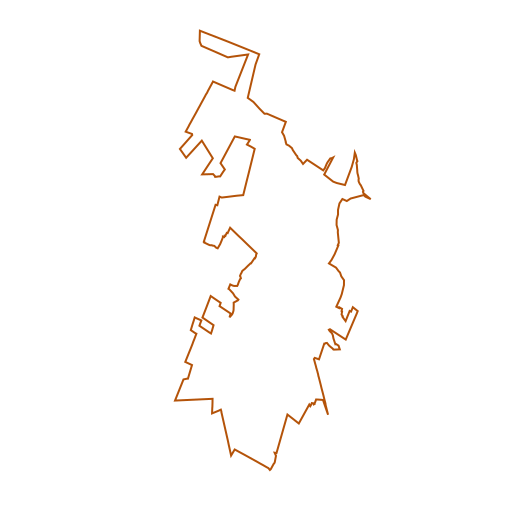 the district of Acanceh, Yucatán, Mexico, rotated 195°
{"feature_id": "50627088B2237882581222", "entity_name": "Acanceh", "entity_type": "district", "adm_level": 2, "iso_a3": "MEX", "parent_name": "Mexico", "parent_adm1": "Yucatán", "projection": "equal_earth", "projection_center": [-89.45, 20.818], "detail": "fine", "context": "isolated", "style": "outline", "palette": "amber", "viewbox_px": 512, "rotation_deg": 195, "n_neighbors": 0, "source": "geoboundaries", "source_scale": "gbopen_adm2", "svg_char_len": 5091}
<svg xmlns="http://www.w3.org/2000/svg" viewBox="0 0 512 512"><g transform="rotate(195 256 256)"><path d="M228.4,56.8L226.5,63.6L215.7,61.0L201.2,57.4L198.2,56.6L194.9,55.8L191.2,54.8L189.1,54.3L187.2,52.9L186.9,53.4L186.6,53.8L186.5,54.1L185.1,59.9L184.7,60.5L184.5,61.7L185.0,68.2L187.1,70.8L185.2,71.0L184.6,111.0L171.3,105.3L166.1,126.3L164.7,125.0L164.4,125.9L164.0,128.4L162.4,128.5L161.8,127.6L161.1,128.3L161.6,129.0L161.1,129.6L160.8,133.0L160.2,133.1L159.4,133.3L158.9,133.4L158.3,133.5L157.8,133.6L157.7,133.6L157.4,133.7L157.0,133.8L156.8,133.8L156.7,133.8L156.4,133.9L156.1,133.9L155.7,134.0L155.2,134.1L154.4,134.2L154.0,134.3L152.3,131.7L151.5,130.5L145.3,121.3L150.1,129.9L150.7,131.4L152.5,134.6L154.8,138.8L156.9,142.5L158.4,145.1L160.3,148.6L163.5,154.3L163.8,154.8L164.0,155.2L164.6,156.1L165.4,157.8L165.9,158.7L166.3,159.3L166.8,160.3L167.5,161.4L167.7,161.7L168.2,162.6L168.8,163.5L169.3,164.5L170.0,165.7L170.9,167.2L171.6,168.4L172.1,169.3L172.7,170.3L173.4,171.4L172.9,172.8L168.4,172.5L167.4,188.9L166.9,188.9L166.4,189.8L165.0,190.4L162.4,188.5L160.6,187.6L157.7,186.3L157.3,185.8L156.6,185.7L150.9,187.5L153.1,190.8L156.0,191.7L156.5,191.3L159.9,196.5L161.2,199.2L162.6,201.0L164.6,202.1L165.8,202.9L166.5,203.6L165.6,204.4L147.7,198.5L143.8,226.4L143.5,229.1L149.2,231.6L149.8,226.9L151.3,227.2L152.6,216.3L156.8,219.7L156.6,220.3L158.2,221.6L158.5,224.7L159.1,224.9L159.2,227.2L162.3,228.0L162.3,227.2L165.3,227.8L163.6,237.8L163.3,241.4L163.5,250.6L164.2,253.3L164.3,253.7L164.7,255.4L168.3,258.4L170.6,261.8L172.2,262.7L175.7,265.5L183.6,267.7L182.0,271.8L180.5,278.1L179.7,283.8L179.2,287.5L179.8,287.6L179.4,290.2L183.1,300.0L183.6,302.3L186.2,306.8L187.5,312.0L187.5,317.3L188.7,321.7L189.0,328.4L187.3,333.4L182.5,332.6L179.5,336.0L167.8,342.7L165.7,341.6L159.9,340.6L161.3,341.2L164.2,342.5L168.6,344.6L168.8,344.9L169.3,345.7L169.0,346.7L170.9,348.9L173.2,351.6L173.9,352.0L175.3,353.5L176.2,354.7L176.4,355.3L176.7,356.3L176.8,357.4L178.4,360.5L179.3,362.0L179.9,363.4L180.4,365.0L181.3,367.5L182.2,370.1L182.9,371.3L183.2,372.0L182.6,373.9L183.0,374.3L185.7,379.3L187.3,381.4L186.5,374.8L186.6,366.7L188.4,347.6L196.9,347.4L200.7,347.8L211.2,352.3L207.0,371.1L208.1,370.1L209.5,369.5L211.2,364.9L211.6,363.1L212.2,358.6L212.4,358.2L213.2,356.1L231.6,362.2L234.4,357.1L237.5,359.7L241.1,361.5L242.1,363.2L243.2,363.8L247.9,367.9L249.2,369.5L252.6,371.1L255.5,371.7L256.8,373.7L256.7,373.9L260.0,379.4L262.9,382.3L261.9,393.3L282.3,396.3L284.6,395.6L290.9,399.3L298.3,404.1L304.9,406.6L306.0,440.9L305.1,451.7L321.1,453.7L338.5,455.8L362.4,458.4L368.5,459.1L366.1,449.0L365.1,447.4L363.1,444.9L334.6,440.6L331.3,442.1L315.8,448.6L319.7,414.1L319.5,410.1L320.6,410.2L321.5,410.3L332.5,411.9L342.7,413.4L342.8,412.6L343.0,412.1L343.4,410.3L344.2,407.1L344.5,405.7L345.1,403.3L345.5,401.0L346.2,398.9L346.6,397.0L348.6,388.8L349.1,386.6L349.8,383.9L350.0,382.9L350.2,382.2L350.9,379.2L351.4,377.2L352.2,374.0L352.8,371.7L353.4,369.1L353.7,367.9L354.4,365.2L354.5,364.5L354.7,363.6L356.1,357.9L349.4,357.3L348.9,356.3L357.2,339.7L348.9,332.8L338.2,353.4L323.0,339.2L325.8,330.9L329.1,320.9L318.7,324.0L316.4,322.6L316.1,321.9L315.8,321.9L314.7,322.3L312.7,323.2L311.2,323.6L311.0,324.3L309.5,328.9L308.5,331.5L314.3,336.5L313.5,339.9L307.4,366.0L292.0,366.6L292.0,366.2L293.6,361.3L289.0,360.3L285.0,359.2L284.5,333.9L284.4,326.4L284.1,311.5L290.3,309.2L299.4,305.5L304.2,303.6L306.6,303.9L306.5,295.0L308.3,295.0L310.1,256.2L309.5,256.1L309.5,255.6L303.7,254.5L302.2,254.7L301.5,255.0L300.8,254.8L298.9,255.0L296.6,253.7L295.0,253.5L293.7,258.2L293.2,261.9L292.8,265.4L293.0,266.2L291.6,266.1L291.6,267.5L290.8,267.5L290.8,268.0L290.4,269.7L290.2,270.8L289.3,270.8L289.3,271.0L288.3,276.6L278.3,271.0L273.6,268.5L268.8,265.8L256.0,258.7L256.1,258.3L256.2,256.9L256.0,255.9L256.1,254.5L256.4,253.5L256.8,253.6L258.9,247.6L259.4,247.5L259.9,246.6L261.1,244.7L263.4,240.7L264.3,239.5L264.7,239.0L265.4,237.9L265.5,237.6L265.6,236.2L266.0,234.9L266.3,232.6L265.5,231.7L264.8,230.5L265.5,229.3L265.5,228.8L265.8,227.1L266.0,225.3L266.1,223.5L266.4,222.2L269.6,221.4L270.7,221.4L272.2,221.6L273.5,221.9L274.1,217.2L273.3,217.0L268.5,214.0L265.8,211.4L261.7,209.3L262.0,208.5L265.5,205.2L264.8,202.8L264.2,200.2L263.7,198.1L263.6,196.9L263.7,194.6L264.0,193.3L265.7,189.9L265.6,193.7L265.7,193.9L277.8,198.0L278.2,198.1L278.0,201.6L282.9,203.3L289.4,205.6L290.7,192.7L291.8,182.7L283.9,179.9L279.1,178.2L279.2,173.0L279.4,169.5L281.7,170.2L284.0,171.0L286.9,172.0L289.8,173.0L292.6,174.0L292.4,176.5L292.1,179.6L294.5,180.0L297.6,180.5L298.8,180.7L299.3,180.8L299.4,177.4L299.6,174.0L299.7,170.7L299.8,167.5L297.8,166.8L297.4,166.7L295.8,166.1L293.8,165.5L293.5,165.5L293.5,165.2L293.8,162.3L294.0,160.2L294.4,157.0L294.6,154.4L294.9,151.8L295.2,149.2L295.6,146.1L296.9,135.4L289.6,134.1L290.0,119.9L290.8,119.7L294.1,118.0L296.8,95.4L261.0,106.8L260.4,104.4L260.3,104.1L259.0,98.6L259.0,98.3L257.7,92.6L251.8,97.1L251.4,97.5L250.2,98.5L249.3,97.0L249.1,96.6L249.0,96.2L235.4,70.4L233.9,67.4L228.4,56.8Z" fill="none" stroke="#b45309" stroke-width="2"/></g></svg>